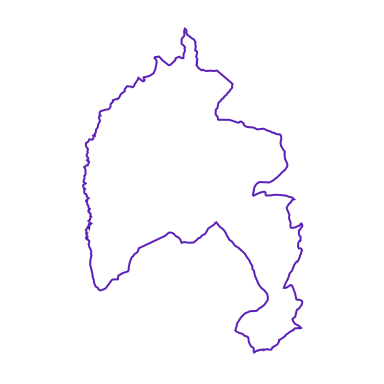 Kanduyi, Western, Kenya, rotated 177°
{"feature_id": "3690345B52406827974288", "entity_name": "Kanduyi", "entity_type": "district", "adm_level": 2, "iso_a3": "KEN", "parent_name": "Kenya", "parent_adm1": "Western", "projection": "albers", "projection_center": [34.58, 0.562], "detail": "fine", "context": "isolated", "style": "outline", "palette": "violet", "viewbox_px": 384, "rotation_deg": 177, "n_neighbors": 0, "source": "geoboundaries", "source_scale": "gbopen_adm2", "svg_char_len": 5986}
<svg xmlns="http://www.w3.org/2000/svg" viewBox="0 0 384 384"><g transform="rotate(177 192 192)"><path d="M145.8,297.8L160.6,311.9L164.8,311.7L167.1,312.3L168.4,312.0L169.7,312.3L170.7,312.0L172.8,312.5L174.8,313.5L176.2,313.1L179.5,316.0L180.0,317.3L181.0,318.5L180.3,319.6L180.6,320.6L180.0,321.4L180.4,322.7L179.6,323.9L180.8,326.9L179.8,329.5L179.6,331.9L181.4,333.2L181.1,334.3L181.2,335.3L180.6,336.4L181.0,340.1L180.7,341.9L182.3,344.4L184.4,345.7L186.5,347.8L188.3,349.0L189.5,351.7L188.9,352.8L189.5,354.6L190.6,355.5L191.4,353.4L191.4,349.1L191.7,348.1L194.2,345.7L194.4,344.3L194.6,340.5L192.3,338.3L191.4,336.8L191.9,335.7L191.6,333.3L193.1,330.4L193.6,326.1L195.8,326.4L197.4,327.8L200.8,326.7L201.6,325.8L201.8,324.5L206.7,320.3L207.6,319.8L208.7,319.9L214.4,324.9L217.6,328.8L218.7,329.1L219.8,328.6L221.0,328.8L222.2,328.5L222.4,327.5L221.5,326.8L220.8,325.6L220.4,323.6L222.2,316.5L224.1,312.6L227.7,310.5L230.1,309.7L234.3,309.0L234.3,307.7L233.6,306.7L233.7,305.7L234.5,305.1L235.7,305.4L239.6,308.8L240.5,306.7L243.6,302.7L244.1,301.3L245.7,299.7L247.6,300.5L251.4,301.0L253.9,298.0L253.7,296.5L254.7,295.5L257.9,293.6L260.0,289.8L260.9,289.4L261.5,288.5L262.9,288.8L266.3,287.7L266.1,286.6L266.7,285.6L268.0,285.0L268.7,283.8L269.0,281.1L270.0,279.8L271.2,278.9L273.8,278.8L279.2,277.4L280.0,276.2L280.2,275.0L280.0,273.7L279.4,273.0L280.5,272.6L280.9,271.5L280.9,270.2L280.1,267.9L282.3,264.0L282.4,262.5L283.3,260.7L284.1,260.1L284.8,258.7L284.8,257.3L285.2,256.1L286.0,255.4L286.0,253.4L286.9,253.9L287.8,253.6L287.4,252.4L287.9,250.1L289.0,249.5L291.8,250.0L292.2,248.8L294.0,246.9L295.3,246.5L295.5,244.3L295.2,242.8L293.6,240.2L294.3,238.1L294.0,236.9L295.2,234.4L295.3,233.2L293.9,231.5L293.8,230.6L295.2,229.2L294.6,228.4L293.7,228.4L293.2,227.5L294.8,224.1L296.3,224.1L297.3,223.0L298.4,222.5L297.6,221.3L297.3,219.8L297.3,216.4L297.5,214.9L298.8,213.7L298.5,212.6L298.6,211.2L299.3,210.2L299.7,207.7L297.8,206.1L299.9,205.0L300.5,204.1L299.8,201.2L298.6,200.5L299.6,199.5L299.5,197.0L299.2,196.0L297.8,195.4L297.3,194.2L297.4,193.2L296.7,192.0L295.6,191.3L296.6,190.5L297.1,188.9L298.0,189.2L298.3,188.3L297.0,186.1L297.1,184.9L296.3,183.6L295.9,180.8L295.0,180.6L295.5,179.3L296.4,178.9L296.5,177.9L295.6,177.3L295.4,176.2L294.4,175.6L294.4,174.3L294.9,173.2L294.0,172.5L295.0,171.2L295.5,169.5L296.9,168.6L296.1,167.7L295.3,166.2L296.6,165.4L297.1,164.2L296.5,162.5L298.0,162.5L298.4,161.5L300.0,159.7L299.5,158.7L299.8,156.5L298.8,156.3L299.5,155.3L299.4,153.9L298.6,153.1L298.8,151.8L300.2,151.9L300.0,150.8L297.3,148.8L297.2,147.5L298.0,145.4L297.5,142.9L295.9,138.9L295.7,137.4L296.2,135.1L295.7,134.0L297.0,129.6L297.5,124.9L296.0,116.9L295.4,111.3L294.7,109.6L294.5,106.5L293.3,102.8L291.1,101.2L290.7,100.1L289.4,98.7L288.2,98.6L284.1,99.9L282.9,100.7L276.8,108.2L275.7,108.8L270.5,108.7L270.0,112.3L265.0,114.8L260.2,116.0L259.3,117.8L259.1,120.3L257.6,125.6L256.1,129.0L255.5,130.1L254.3,130.9L252.4,133.2L250.5,134.2L249.1,135.7L248.0,138.6L221.8,149.4L220.6,150.0L218.3,151.9L217.1,152.6L215.9,152.7L214.6,152.4L212.8,151.6L210.2,148.6L208.1,147.4L207.0,146.3L206.1,145.0L205.1,141.8L202.7,142.4L197.5,141.5L193.5,141.4L190.1,143.5L188.1,145.5L186.5,145.8L184.0,148.2L181.7,149.1L180.8,149.8L177.7,154.7L171.3,158.5L170.6,159.8L169.3,160.5L166.2,155.9L163.3,153.6L161.9,151.9L160.2,148.9L159.2,145.9L158.4,145.1L157.4,142.5L154.7,140.4L151.9,136.2L148.3,133.7L142.6,127.9L140.7,124.3L138.3,120.7L137.6,118.5L135.7,115.2L135.7,112.0L134.3,110.1L133.5,105.0L130.5,96.9L128.3,93.1L125.0,90.0L122.6,86.9L122.0,84.7L121.7,82.5L122.2,79.9L125.7,75.5L128.5,73.5L130.5,72.6L133.8,69.9L140.1,69.9L145.3,68.1L148.0,65.8L149.9,63.9L154.0,58.1L154.1,56.8L156.0,51.5L155.0,50.4L152.2,48.8L149.1,47.8L147.1,45.7L144.0,44.5L143.4,43.6L143.1,39.4L141.8,36.0L140.8,34.5L139.2,33.5L138.4,32.0L138.8,29.6L138.4,28.5L135.6,30.1L134.2,30.1L133.3,30.8L130.7,30.7L129.4,31.1L128.6,30.2L127.7,30.8L125.0,31.1L124.2,30.7L121.0,30.4L119.9,32.5L114.7,35.3L112.8,38.2L112.9,39.6L110.9,40.4L106.7,43.1L106.1,44.1L104.0,45.6L99.4,48.4L98.3,48.4L97.5,49.6L96.3,50.5L95.3,50.3L93.2,50.6L91.6,50.1L90.2,50.6L91.8,52.4L96.1,55.0L97.7,57.6L98.4,59.7L97.5,60.7L96.1,61.5L95.2,62.7L93.7,68.2L93.1,69.2L91.6,69.6L88.3,73.7L87.6,76.3L87.9,77.4L89.9,78.6L92.6,78.9L93.5,79.6L94.3,85.0L96.1,91.1L97.3,93.5L98.4,94.0L102.3,91.7L103.7,91.3L105.3,91.5L103.7,95.3L100.5,100.8L98.7,105.7L96.2,108.2L93.6,114.1L91.2,117.0L90.2,117.0L89.5,118.1L88.2,120.4L87.3,123.4L86.5,124.2L86.1,126.3L85.3,127.3L85.3,128.4L85.9,129.6L87.0,130.1L88.2,130.0L89.0,132.1L88.5,135.5L87.6,137.3L86.5,137.4L86.0,138.4L86.3,139.2L85.8,141.3L87.4,143.7L87.3,148.1L86.1,148.6L85.4,150.1L83.9,151.6L83.5,152.7L83.9,154.1L84.6,154.8L85.4,154.2L85.7,153.2L91.1,151.2L93.9,150.9L95.3,151.3L95.5,152.4L95.1,156.3L96.3,159.9L96.4,161.7L95.9,164.1L98.2,170.3L98.2,171.5L96.1,174.7L93.4,177.0L92.8,178.4L91.6,179.1L90.4,179.3L92.1,181.2L94.5,181.8L98.5,183.5L105.6,184.6L110.1,184.9L113.0,184.5L118.1,184.6L118.7,185.2L118.5,187.1L119.2,188.4L120.6,188.5L124.5,187.7L130.8,185.1L131.3,186.2L130.0,190.6L130.0,191.9L128.6,194.9L126.5,197.2L124.0,198.4L114.2,197.5L110.9,199.0L105.8,202.5L100.3,207.5L98.1,209.1L95.5,212.6L95.4,215.3L97.4,220.3L97.6,225.8L97.2,226.9L97.3,227.8L98.7,229.6L100.6,233.4L101.0,235.6L100.8,238.2L100.2,239.3L100.0,241.8L100.4,244.1L101.4,244.9L104.3,245.3L105.6,245.8L106.5,246.7L108.9,247.1L109.4,247.9L113.3,249.4L117.2,251.5L123.6,251.1L127.2,253.2L133.4,254.0L134.9,254.7L136.7,256.1L136.8,257.7L139.1,259.8L140.5,259.7L141.1,259.0L142.3,258.8L150.8,262.1L161.8,262.7L162.3,263.6L162.2,264.5L162.7,266.1L164.2,268.0L164.3,270.1L164.0,271.2L164.1,272.3L163.7,273.3L162.2,274.5L161.1,279.2L160.5,280.1L158.6,281.6L157.1,283.5L155.8,283.9L154.8,285.7L152.9,286.8L150.5,289.7L149.5,290.3L149.1,291.2L146.4,294.1L146.4,296.5L145.8,297.8ZM295.3,166.2L294.2,165.9L295.1,165.1L295.3,166.2ZM296.5,162.5L296.7,161.0L297.3,161.9L296.5,162.5Z" fill="none" stroke="#5b21b6" stroke-width="2"/></g></svg>